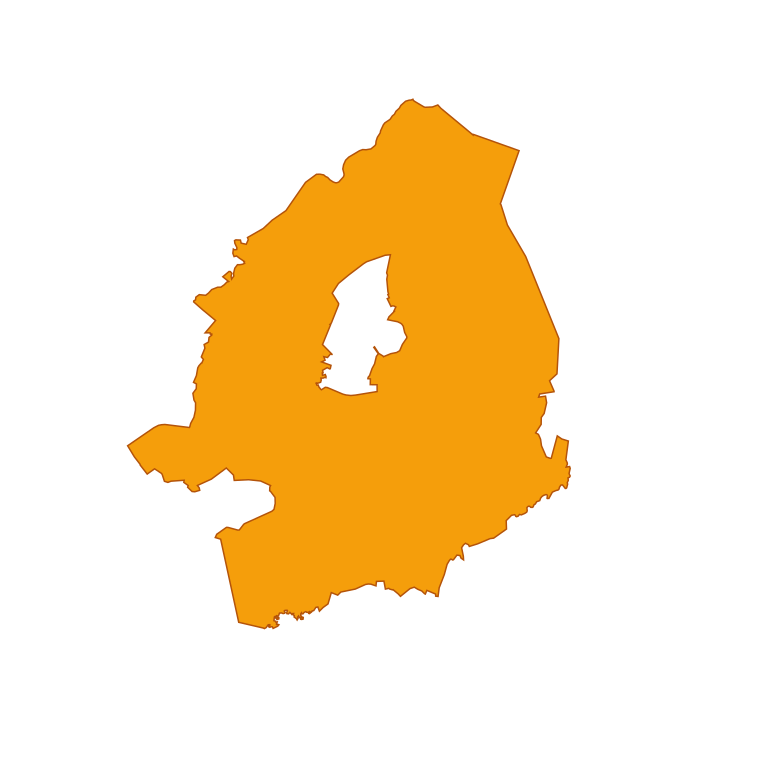 Baldones pag., Baldones, Latvia, rotated 294°
{"feature_id": "27541924B60801434690140", "entity_name": "Baldones pag.", "entity_type": "district", "adm_level": 2, "iso_a3": "LVA", "parent_name": "Latvia", "parent_adm1": "Baldones", "projection": "mercator", "projection_center": [24.339, 56.727], "detail": "fine", "context": "isolated", "style": "filled", "palette": "amber", "viewbox_px": 768, "rotation_deg": 294, "n_neighbors": 0, "source": "geoboundaries", "source_scale": "gbopen_adm2", "svg_char_len": 6172}
<svg xmlns="http://www.w3.org/2000/svg" viewBox="0 0 768 768"><g transform="rotate(294 384 384)"><path d="M382.5,176.4L381.6,176.7L378.0,188.2L373.5,204.3L358.0,199.8L360.0,204.3L358.9,205.1L359.6,206.3L358.7,206.8L355.4,205.2L350.9,206.6L346.9,203.6L343.9,205.8L334.4,206.1L333.0,209.0L329.1,209.0L328.9,208.6L325.4,207.5L323.0,207.3L315.4,209.2L308.0,209.3L307.8,212.6L303.3,214.4L297.8,213.2L292.1,216.9L290.2,219.5L283.4,222.4L276.3,223.9L269.4,223.4L265.8,224.0L265.1,223.9L257.9,200.3L256.3,197.3L254.5,194.8L250.4,191.5L223.3,174.9L215.9,185.6L211.4,193.9L210.8,194.2L205.4,204.3L213.2,208.9L211.8,217.2L211.0,218.3L205.8,223.0L206.2,226.6L208.6,229.0L214.8,240.6L212.7,241.1L211.6,246.4L209.8,246.6L207.7,252.4L208.6,255.0L211.9,258.9L214.0,257.4L215.4,254.8L226.9,265.0L243.1,274.1L239.6,283.5L235.0,286.4L241.5,299.3L245.2,310.7L245.1,321.7L243.4,321.6L239.9,323.0L239.7,324.1L236.1,330.6L230.6,333.2L224.7,334.5L222.1,333.3L199.8,313.5L198.8,312.9L191.8,311.2L191.1,309.9L189.6,300.2L189.1,298.6L188.5,298.1L178.7,292.3L175.1,292.3L175.8,297.9L107.2,348.2L112.0,373.2L111.9,374.2L113.5,375.4L117.0,376.2L117.7,377.5L117.5,377.9L116.3,377.7L115.9,377.1L115.3,377.5L115.3,378.7L116.2,379.4L116.8,380.8L115.6,382.1L119.5,385.4L121.3,385.9L121.2,384.5L120.6,383.7L120.8,383.4L123.2,383.2L122.4,382.2L123.2,381.5L123.0,379.7L126.7,378.6L127.2,378.9L127.2,379.4L126.2,380.2L125.3,382.1L126.7,383.5L127.9,382.9L127.7,382.1L127.1,381.6L127.7,381.3L128.1,380.0L128.6,379.9L128.8,380.2L128.7,381.1L129.4,381.9L132.2,381.7L133.2,383.6L133.2,385.2L134.2,386.5L135.1,386.6L136.0,385.2L136.5,385.2L137.1,385.9L137.9,387.6L137.8,387.9L135.2,388.2L134.7,388.7L135.2,390.3L137.1,390.9L136.0,393.5L136.9,393.5L137.6,394.8L136.2,395.0L135.9,396.3L134.6,396.6L134.0,399.4L133.1,400.6L135.0,400.8L135.9,399.9L137.3,400.2L136.6,401.1L136.0,402.9L135.2,403.6L135.3,404.3L136.2,405.7L137.9,405.2L138.0,404.8L137.1,404.1L137.0,402.9L138.0,403.4L138.3,403.1L138.5,402.1L140.3,401.4L141.5,401.7L140.6,402.5L141.1,403.5L142.8,403.9L144.3,405.2L144.0,406.3L144.6,407.7L143.8,408.5L143.9,409.3L144.9,409.8L144.9,408.8L145.6,408.3L145.9,408.5L145.7,409.6L146.1,410.5L147.3,410.8L147.6,410.0L147.5,410.9L148.5,412.0L152.2,412.6L153.4,414.3L150.2,417.4L155.1,419.3L160.3,422.3L172.0,420.7L172.3,427.6L176.4,429.2L185.0,441.2L193.4,448.7L194.9,451.0L195.8,453.4L196.3,458.8L200.6,457.4L203.9,464.1L197.2,468.7L199.3,471.5L199.0,472.6L199.4,475.6L199.8,475.9L198.0,482.4L196.7,485.4L207.7,491.0L210.7,494.3L210.2,498.5L210.3,502.6L208.9,506.4L208.9,507.2L212.9,507.1L213.1,516.6L211.2,517.5L211.9,519.8L220.3,517.3L234.5,516.6L244.9,515.0L249.3,515.5L251.0,516.0L251.3,516.5L251.2,518.5L251.9,519.0L257.3,520.2L258.2,523.1L256.2,525.3L255.7,528.2L259.0,526.5L266.0,521.5L269.5,522.1L271.6,523.2L271.5,526.6L270.3,528.0L276.1,534.6L285.9,543.8L287.8,546.9L301.3,554.9L308.9,551.2L315.9,553.9L317.7,556.4L317.6,557.1L316.7,558.2L316.7,559.1L317.8,560.3L319.9,560.8L320.3,562.7L323.1,565.3L325.0,566.5L326.4,566.4L329.2,564.8L330.6,565.3L331.3,566.0L331.5,567.0L331.0,568.1L331.6,569.7L332.3,570.2L334.9,570.2L336.0,571.1L338.5,571.3L340.8,573.7L343.5,573.5L345.6,574.1L347.3,575.2L348.9,577.0L349.0,578.0L348.5,578.7L345.9,579.4L345.8,579.7L346.5,581.2L353.7,581.8L356.5,584.3L357.9,586.1L358.8,586.6L361.4,586.3L363.7,586.8L364.4,588.2L362.3,592.1L362.7,592.8L363.5,593.1L367.2,592.5L368.5,591.5L370.8,591.6L373.1,590.3L374.3,591.4L375.7,591.5L377.4,589.5L382.7,588.4L384.1,587.1L382.2,584.2L385.5,584.1L386.7,583.3L388.7,581.0L406.9,575.6L406.1,568.8L407.1,563.4L384.2,567.0L383.7,566.2L383.4,561.9L391.6,553.0L397.2,549.5L399.0,547.6L400.8,545.5L401.0,542.4L411.0,544.0L417.4,541.3L422.2,542.3L433.0,540.2L438.6,536.5L434.9,530.6L438.2,530.3L446.1,542.5L446.7,542.2L454.3,533.9L463.6,537.9L496.6,525.3L558.1,461.6L579.4,432.1L595.5,417.8L595.8,417.0L652.1,412.5L648.4,364.4L648.3,363.9L647.7,364.1L659.0,323.8L660.8,319.7L656.8,315.6L653.5,309.0L653.4,307.7L654.6,297.4L655.0,295.5L655.9,294.6L654.4,293.2L653.5,291.5L651.1,288.7L645.4,286.1L642.2,285.8L638.0,284.0L634.6,283.8L632.3,282.6L628.2,281.9L623.0,278.6L620.7,278.0L613.9,277.9L611.8,278.4L606.7,277.6L602.6,278.0L599.6,279.0L598.2,278.8L593.4,276.4L590.7,272.3L589.5,269.2L587.1,266.7L576.9,259.5L572.8,257.9L567.9,257.9L563.7,258.9L559.6,262.1L558.3,262.6L556.8,262.7L550.0,260.5L548.5,258.8L548.1,257.8L547.9,255.5L548.5,251.6L549.8,248.5L549.8,246.3L550.5,243.9L549.6,240.1L548.1,237.0L536.3,230.3L502.5,223.9L488.2,215.2L476.9,210.4L462.3,199.7L460.6,201.3L455.6,201.3L454.6,196.2L457.1,194.3L455.4,190.0L454.2,189.1L451.9,190.5L448.8,194.1L447.0,194.8L445.8,192.9L446.0,191.5L442.0,192.7L439.4,195.2L441.0,197.2L440.1,200.9L439.2,206.2L438.9,205.9L437.6,207.6L435.9,206.1L434.3,203.7L433.4,201.6L429.1,200.6L423.7,201.6L421.5,202.9L417.9,202.1L420.2,200.5L423.3,199.9L424.2,197.9L423.8,196.7L416.4,193.1L414.4,200.4L413.2,199.0L409.7,197.7L406.1,195.6L404.8,192.7L400.2,188.2L395.7,186.7L392.5,185.0L390.5,178.9L386.8,176.8L384.2,177.6L382.5,176.4ZM384.5,317.9L385.2,321.6L389.7,322.9L389.8,325.0L395.0,311.8L416.5,311.1L416.5,310.4L418.2,311.1L437.7,310.3L439.1,309.8L445.9,299.7L457.3,301.5L469.2,307.4L485.6,316.4L488.6,318.4L502.1,332.7L504.7,337.3L486.6,341.2L484.9,342.9L480.9,343.9L469.8,350.1L468.1,351.6L467.3,351.1L464.9,353.7L463.3,352.2L457.7,358.8L458.8,359.9L459.3,361.3L459.2,363.5L454.7,363.4L454.7,363.9L447.4,361.2L444.2,361.2L446.4,371.1L446.3,374.4L445.9,376.0L444.6,378.1L439.5,381.9L436.6,385.5L435.4,386.1L427.7,384.7L420.8,384.8L417.9,382.7L414.5,377.9L408.7,372.4L409.1,372.0L409.8,366.8L414.1,360.2L413.3,359.8L409.3,366.5L406.1,365.8L398.6,367.2L393.2,366.8L385.9,367.4L383.7,366.8L382.3,367.1L383.1,369.5L377.8,371.7L380.5,378.0L374.3,380.8L362.3,362.5L360.0,358.4L358.5,353.7L358.0,350.5L357.7,333.6L357.1,331.7L353.3,329.2L353.4,328.4L355.0,325.5L356.3,324.4L355.6,323.3L357.1,321.6L357.7,322.2L357.5,322.9L359.8,325.4L362.0,325.1L363.7,324.0L364.7,326.1L366.0,327.3L366.1,328.4L367.3,328.0L368.8,326.5L366.9,324.3L369.0,323.1L369.5,323.8L371.5,322.3L375.8,325.4L375.7,328.4L376.1,328.7L379.5,328.0L378.8,318.0L381.8,320.5L384.5,317.9Z" fill="#f59e0b" stroke="#b45309" stroke-width="1.5"/></g></svg>